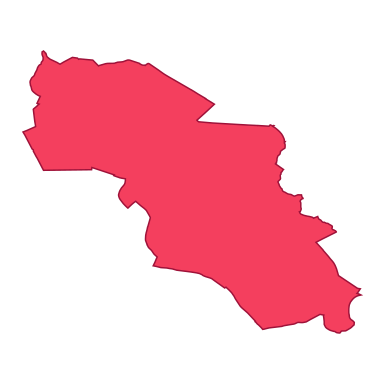 Bunnik, Utrecht, Netherlands (Natural Earth projection)
{"feature_id": "6326949B29533693769224", "entity_name": "Bunnik", "entity_type": "district", "adm_level": 2, "iso_a3": "NLD", "parent_name": "Netherlands", "parent_adm1": "Utrecht", "projection": "natural_earth1", "projection_center": [5.219, 52.039], "detail": "fine", "context": "isolated", "style": "filled", "palette": "rose", "viewbox_px": 384, "rotation_deg": 0, "n_neighbors": 0, "source": "geoboundaries", "source_scale": "gbopen_adm2", "svg_char_len": 5845}
<svg xmlns="http://www.w3.org/2000/svg" viewBox="0 0 384 384"><path d="M262.7,329.4L264.3,329.1L266.6,328.5L269.1,327.9L281.8,326.4L283.3,325.9L284.5,325.6L289.8,324.7L293.6,324.1L294.8,323.8L297.3,322.6L297.7,322.5L298.6,322.4L301.6,322.6L302.4,322.6L303.2,322.5L306.2,321.9L310.2,319.6L320.0,314.4L323.8,315.1L323.6,315.6L323.5,316.3L323.8,317.8L324.2,321.7L324.2,324.3L324.6,325.3L325.6,327.2L326.3,327.9L327.0,328.5L329.0,329.7L330.4,330.4L333.5,331.3L335.1,331.6L335.4,331.8L336.1,332.4L336.9,332.7L338.2,332.9L339.8,333.0L340.5,332.4L341.0,331.4L341.3,331.2L342.0,331.0L345.2,330.9L345.7,330.8L346.2,330.6L350.0,328.4L350.7,327.9L351.4,327.4L352.7,326.1L353.5,325.4L354.0,325.0L354.1,324.6L354.2,323.2L354.3,322.4L354.1,322.1L352.8,320.8L352.5,320.5L351.4,319.9L350.5,319.0L349.9,318.2L349.4,316.9L349.3,315.5L348.9,313.4L348.8,312.2L348.8,309.0L349.0,306.8L349.2,305.4L349.6,304.1L350.1,303.0L350.6,301.9L352.3,299.7L353.2,298.7L354.3,297.7L355.3,297.0L356.8,296.2L358.0,295.7L361.0,295.0L359.2,294.1L357.0,293.4L357.7,292.7L360.3,288.8L358.3,288.5L357.3,288.2L338.5,275.6L336.8,269.8L336.5,268.8L335.7,266.8L335.0,265.2L333.7,262.9L332.5,261.3L330.2,258.7L328.5,256.5L323.2,250.4L323.0,250.0L323.0,249.9L316.0,242.3L322.9,238.7L336.3,232.0L336.3,231.9L336.2,231.6L335.4,230.8L335.2,230.8L334.3,230.2L333.7,229.9L332.7,229.6L332.3,229.1L332.0,228.7L331.9,228.3L331.9,228.1L332.2,227.6L332.3,227.0L332.3,226.5L332.1,226.0L331.2,225.4L329.2,224.3L327.9,223.4L326.1,223.2L325.5,222.9L324.5,222.3L324.2,222.3L323.8,222.4L322.6,222.1L321.9,221.5L321.1,220.5L320.6,220.0L319.2,219.3L319.0,219.1L318.6,218.6L317.8,216.9L317.7,216.5L313.5,218.2L313.1,217.7L312.2,217.2L309.5,216.5L307.1,216.1L303.8,215.3L300.7,214.0L300.3,213.5L299.9,213.0L299.4,211.8L300.3,211.6L300.4,211.2L301.0,209.8L301.2,208.9L300.8,207.0L300.8,203.0L300.5,202.0L300.4,201.8L300.1,201.5L300.1,201.2L300.3,200.7L300.8,199.8L301.9,199.1L302.1,198.8L303.6,198.4L303.1,198.3L302.6,197.8L302.1,197.1L302.0,196.9L301.8,196.3L301.5,194.9L301.4,194.9L297.9,194.8L295.5,195.8L294.4,196.1L293.4,195.8L293.0,195.6L291.3,194.6L290.5,194.4L289.1,194.2L287.9,193.9L286.4,193.1L285.3,192.4L284.6,192.1L283.7,191.7L282.9,191.2L282.4,190.4L282.3,190.2L282.0,188.9L281.3,188.4L281.0,188.1L279.4,185.7L279.2,184.8L278.6,183.4L278.0,182.1L278.0,181.7L278.2,181.4L280.3,179.2L280.5,178.6L280.5,178.3L280.2,175.6L280.3,175.0L280.4,174.8L281.0,174.1L281.0,172.8L281.1,172.4L281.7,172.0L282.3,171.1L282.9,170.1L283.5,169.5L275.5,163.9L276.3,163.1L276.1,163.0L276.1,162.8L276.3,162.7L276.9,160.7L277.0,158.6L277.6,156.7L278.0,155.8L278.5,155.4L279.4,154.7L280.0,154.0L280.1,153.4L280.4,152.4L280.4,151.8L280.5,151.5L280.8,151.1L282.9,149.4L284.7,148.3L284.9,148.1L285.0,147.8L285.1,146.5L285.1,144.7L285.0,144.2L284.8,143.7L284.6,143.4L284.3,143.0L284.4,142.9L285.2,141.6L284.4,141.6L284.3,140.2L284.3,139.8L284.0,138.7L282.7,135.8L281.5,133.9L279.5,131.6L278.0,130.2L275.5,128.1L274.5,127.4L272.8,126.4L273.2,126.0L273.9,125.6L273.7,125.5L273.0,126.0L270.2,124.9L269.0,126.2L259.3,125.6L257.8,125.5L257.7,125.6L257.2,125.5L247.1,125.0L240.5,124.6L240.1,124.6L212.7,123.0L198.7,121.8L197.6,121.0L196.9,120.2L207.1,111.0L214.4,104.2L205.4,98.7L205.6,98.5L198.0,94.0L193.9,91.4L191.7,90.1L191.3,89.8L191.1,89.8L188.2,88.1L179.2,82.9L168.1,76.5L164.6,74.4L162.1,72.7L158.1,69.8L149.6,64.0L148.9,63.6L148.3,63.5L148.0,63.5L146.4,64.4L145.1,65.5L144.4,65.1L143.6,65.2L142.9,65.2L142.2,65.0L140.7,64.3L139.8,63.8L139.7,63.5L139.3,63.3L129.6,60.1L128.3,60.0L127.4,60.1L123.0,61.7L121.6,61.9L117.6,62.2L114.2,63.3L107.5,63.4L105.6,63.7L99.3,65.5L98.8,65.7L98.5,65.9L92.8,60.1L79.6,58.9L78.7,59.3L77.5,58.1L72.4,57.4L69.0,59.2L63.9,61.9L60.0,64.2L56.9,62.4L50.3,59.3L49.5,58.8L48.0,57.6L47.3,57.0L46.9,56.4L46.6,55.8L46.2,54.1L45.8,53.3L45.5,53.4L45.0,52.4L43.5,51.0L42.1,51.9L42.1,52.4L42.0,53.6L42.1,54.6L42.4,55.5L43.1,57.2L43.1,57.6L43.1,58.5L43.1,59.2L43.0,59.6L42.8,60.4L42.5,60.9L41.5,62.1L41.2,62.8L41.2,63.5L41.0,64.0L40.9,64.2L40.5,64.4L39.6,64.9L39.2,65.2L38.7,65.8L38.1,66.7L37.5,67.8L37.1,69.2L36.8,70.0L35.0,73.4L34.4,75.2L34.0,75.8L33.7,76.1L32.1,77.5L31.6,78.1L30.3,80.7L30.2,81.3L30.0,82.0L30.1,82.7L30.3,84.1L30.5,85.5L30.6,85.8L30.8,86.0L31.0,86.4L31.8,89.8L32.3,90.7L32.8,91.3L33.7,92.2L35.9,94.0L38.5,95.6L40.3,96.3L37.0,103.3L39.1,104.1L37.4,105.5L37.3,105.8L33.6,108.9L33.4,109.2L33.3,109.3L34.8,121.6L35.3,124.2L35.6,126.6L27.0,130.4L26.9,130.6L26.5,130.6L23.0,132.0L25.0,135.3L31.3,147.4L32.2,149.1L32.8,149.4L33.3,149.8L33.4,150.4L33.3,151.1L36.2,156.6L37.2,158.2L43.5,170.3L91.6,169.7L91.9,167.5L98.9,169.8L114.3,174.9L113.8,175.6L115.0,176.1L119.9,177.8L121.7,178.2L125.4,178.8L125.4,180.1L125.2,181.9L125.0,182.9L124.7,183.7L124.5,184.2L123.9,185.1L121.5,187.9L120.0,190.4L119.4,191.8L118.6,194.5L118.6,195.6L118.9,196.8L119.5,198.4L120.1,199.4L121.0,200.6L123.3,203.6L125.4,205.8L127.6,207.9L127.9,208.1L130.1,206.0L131.9,204.3L133.8,202.7L135.7,201.3L140.5,205.5L144.2,208.4L145.3,209.4L146.4,210.5L149.5,215.9L150.2,217.3L150.3,217.5L150.3,218.0L147.9,226.4L147.7,226.9L147.6,227.0L147.0,229.9L146.4,232.1L146.2,232.8L145.7,235.4L145.5,238.8L145.5,239.4L145.6,240.6L145.9,241.3L146.7,243.5L147.2,244.4L147.0,244.7L148.0,246.5L148.5,247.5L149.6,248.6L151.5,250.4L152.6,252.0L153.8,253.8L154.3,254.4L155.2,255.2L157.2,257.0L156.2,259.1L154.9,262.3L153.2,265.8L156.6,266.5L160.8,267.6L165.4,267.9L166.9,268.0L169.4,268.5L172.3,268.9L176.8,270.2L186.5,271.4L191.1,272.0L196.2,272.8L199.4,273.5L202.0,274.7L203.0,275.5L204.3,276.1L205.9,276.7L210.2,278.0L211.8,278.7L215.3,281.3L224.7,288.0L226.0,287.2L229.1,290.1L231.7,292.8L232.5,294.0L234.1,296.3L234.9,297.9L235.5,299.0L240.1,306.0L240.6,306.6L242.0,308.0L247.6,312.9L255.1,320.9L255.4,321.3L255.1,321.7L255.7,322.1L257.5,324.2L258.4,324.8L261.4,327.8L262.7,329.4Z" fill="#f43f5e" stroke="#9f1239" stroke-width="1.5"/></svg>